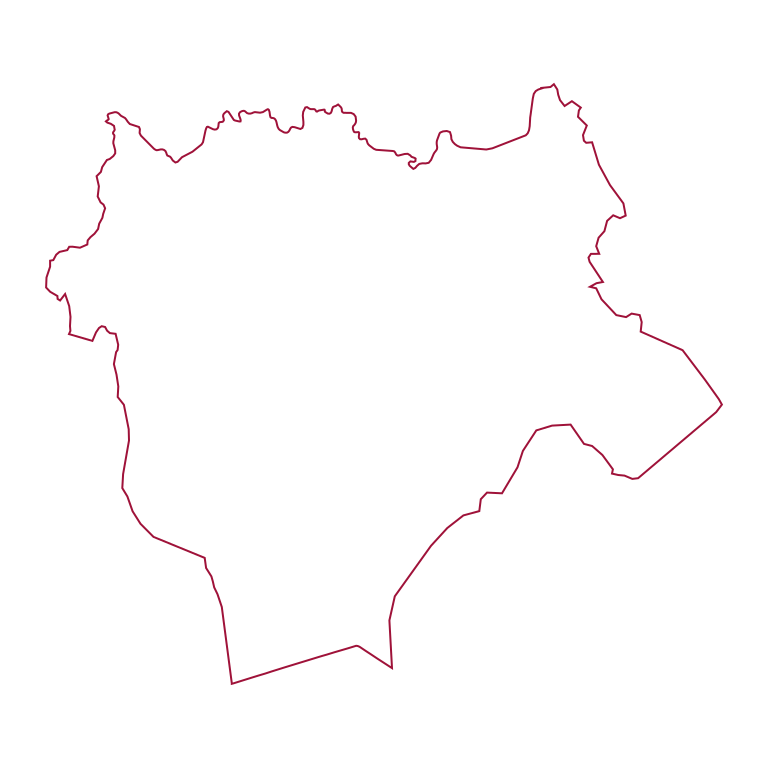 map outline of Aqtöbe (Albers equal-area conic projection)
{"feature_id": "KAZ-3195", "entity_name": "Aqtöbe", "entity_type": "Region", "adm_level": 1, "iso_a3": "KAZ", "parent_name": "Kazakhstan", "parent_adm1": "", "projection": "albers", "projection_center": [57.897, 48.229], "detail": "fine", "context": "isolated", "style": "outline", "palette": "rose", "viewbox_px": 768, "rotation_deg": 0, "n_neighbors": 0, "source": "natural_earth", "source_scale": "10m", "svg_char_len": 5183}
<svg xmlns="http://www.w3.org/2000/svg" viewBox="0 0 768 768"><path d="M392.0,668.1L386.0,664.2L377.2,658.5L370.6,654.1L366.3,651.3L364.8,650.3L359.6,646.8L357.7,646.0L356.1,645.8L350.6,647.5L346.6,648.7L342.5,649.9L338.4,651.1L334.3,652.3L330.4,653.5L326.5,654.7L322.6,655.8L318.6,657.0L310.1,659.6L301.6,662.2L293.1,664.8L284.6,667.4L278.2,669.4L271.8,671.4L265.4,673.5L259.0,675.4L252.5,677.4L246.1,679.4L239.7,681.4L233.3,683.4L231.8,683.8L231.8,683.3L221.8,607.0L217.5,594.2L214.2,587.4L212.8,581.3L211.4,576.4L206.1,568.0L204.7,557.9L153.5,536.9L140.5,523.8L132.6,511.3L127.4,496.5L122.3,488.1L123.1,474.1L129.0,440.5L128.7,429.2L123.9,404.8L117.7,397.0L118.3,386.4L116.5,374.6L113.9,364.1L116.1,352.1L117.6,350.0L118.2,344.8L115.6,333.8L109.9,333.1L107.1,330.7L105.1,327.0L101.7,326.2L99.0,328.0L96.0,332.4L92.4,340.9L69.0,334.1L70.4,330.9L70.0,326.1L70.5,316.9L69.2,306.1L65.1,294.0L60.1,300.5L57.6,298.9L57.4,296.0L50.2,291.8L46.1,287.5L46.5,277.5L50.1,266.7L50.1,260.7L53.3,260.1L56.2,254.7L59.5,251.9L67.3,250.1L69.2,246.8L72.4,246.7L80.0,247.7L87.3,244.5L87.7,240.4L90.5,237.1L94.5,233.7L98.1,229.0L99.2,223.7L102.4,217.8L103.2,213.9L105.1,208.3L103.5,204.6L100.6,202.4L97.7,196.5L98.9,186.3L96.6,176.2L100.9,171.9L102.2,167.1L106.9,160.0L107.2,159.9L109.7,159.0L113.3,156.1L115.2,153.4L115.2,150.3L113.3,143.2L113.4,141.2L114.3,137.5L114.4,135.5L114.1,134.9L113.2,133.8L113.0,133.0L113.2,132.2L114.3,130.6L114.7,129.8L114.0,125.9L110.8,123.8L107.3,122.6L105.9,121.4L106.8,120.6L107.9,120.0L108.7,119.1L107.6,115.4L108.1,114.3L109.3,113.6L114.6,112.2L116.1,112.2L117.5,112.7L118.7,113.5L121.0,115.8L125.0,118.0L126.1,119.3L127.8,121.8L129.8,124.0L139.0,127.0L139.9,129.2L139.6,133.0L140.9,135.6L154.0,148.8L155.5,149.8L156.6,150.2L157.7,150.1L160.8,149.4L162.4,149.4L164.0,149.9L165.4,151.0L166.2,152.6L166.7,154.2L167.3,155.5L170.1,156.7L171.0,157.7L172.8,160.5L175.4,162.5L177.6,161.8L182.0,157.2L192.5,151.7L201.6,144.4L203.0,142.2L205.5,130.5L206.2,128.3L206.9,127.0L207.9,126.7L213.0,129.2L214.8,129.6L216.5,129.3L217.7,128.2L218.3,126.7L218.7,123.1L219.6,122.2L222.7,121.8L223.8,120.5L223.8,119.2L223.1,116.4L223.2,115.0L223.8,113.8L224.8,112.8L226.8,111.2L228.5,111.9L233.8,119.9L235.0,120.5L239.4,121.5L240.5,121.4L240.7,120.3L240.3,118.7L239.1,115.5L239.0,113.7L239.9,112.3L241.2,111.5L242.4,111.0L243.9,110.8L244.9,111.2L247.1,113.1L248.7,113.6L250.3,113.6L251.9,113.2L253.4,112.5L254.9,112.1L260.0,112.7L262.9,112.1L266.9,109.6L267.9,109.2L268.8,109.8L269.5,111.8L270.0,115.5L270.5,117.2L271.4,117.9L272.9,118.0L274.0,118.3L275.1,119.2L276.0,120.7L276.5,122.3L277.3,125.8L277.8,127.3L278.7,128.9L279.8,130.0L283.8,132.3L285.3,132.7L286.9,132.7L288.3,131.9L289.4,130.5L290.1,129.0L290.9,127.7L292.3,126.9L294.7,127.2L300.4,129.0L302.4,127.9L303.4,125.0L303.4,121.9L302.8,115.5L303.2,111.9L304.3,109.6L305.3,107.5L307.0,107.1L309.7,108.8L310.7,109.1L314.0,109.1L314.8,109.4L315.4,110.0L316.3,111.4L317.0,111.6L318.7,110.6L319.5,110.4L324.1,109.6L324.5,109.7L324.8,110.2L324.8,110.8L324.8,111.3L324.9,111.7L326.3,112.7L327.9,113.6L329.6,113.7L331.0,112.7L331.7,111.0L332.2,108.9L333.0,107.1L334.3,106.4L335.7,106.0L338.1,104.5L339.0,105.3L340.9,107.2L341.6,108.4L341.8,109.8L341.9,111.1L342.4,112.1L343.6,112.8L351.1,112.9L353.7,114.1L355.6,116.6L356.1,120.7L355.8,122.5L355.1,123.9L354.2,125.1L353.2,126.1L352.8,127.4L353.0,129.2L353.6,131.0L354.3,132.1L355.5,132.3L358.6,132.1L359.2,133.0L358.8,136.8L359.0,138.1L360.1,139.2L361.6,139.3L363.5,138.8L365.2,138.6L366.5,139.8L367.5,143.0L368.1,144.1L369.2,145.3L373.8,148.8L376.2,149.8L392.9,151.0L394.3,151.4L395.3,152.7L396.0,154.2L396.8,155.1L397.7,155.5L398.7,155.5L404.6,154.0L407.7,153.8L410.3,155.4L411.5,156.8L414.8,158.0L415.6,158.6L415.4,161.1L413.9,161.9L410.4,161.4L408.8,162.9L408.8,164.3L409.7,165.8L413.3,168.9L415.3,167.9L417.2,165.7L419.3,163.9L422.4,163.3L425.7,163.4L428.7,162.8L431.1,159.9L433.6,154.1L434.4,152.7L436.3,150.3L437.0,149.0L437.2,147.3L436.7,144.0L436.7,142.0L437.0,140.4L439.4,133.9L439.8,133.1L440.4,132.5L443.0,131.4L446.8,131.0L450.0,132.1L451.1,135.7L451.4,139.2L452.8,141.9L454.9,144.1L457.1,145.7L460.6,147.3L486.3,149.5L492.4,148.3L509.1,141.8L525.8,135.3L527.7,133.3L529.0,130.3L529.7,126.2L530.2,117.4L530.6,114.7L532.8,98.5L533.8,93.9L535.7,91.1L538.3,89.5L541.4,88.5L540.3,88.1L541.8,87.9L550.5,87.0L553.9,84.2L557.3,89.5L558.2,94.7L560.0,100.1L564.6,106.0L571.9,101.2L580.8,107.6L578.9,110.4L578.0,116.8L586.8,125.5L583.0,135.1L583.9,140.7L586.2,142.8L592.1,142.3L598.9,164.7L610.0,185.1L623.4,203.4L625.7,215.6L620.0,218.2L613.2,215.3L607.1,220.9L604.4,231.2L598.6,237.7L596.2,246.2L599.2,253.8L590.9,253.9L588.5,257.6L589.6,261.8L602.9,282.0L596.5,283.2L590.0,286.8L596.2,288.3L601.5,299.3L616.3,315.1L626.1,317.1L631.6,313.6L639.7,315.1L641.7,322.1L640.7,331.6L682.6,350.2L704.8,379.5L718.8,399.1L721.9,404.6L716.2,412.1L638.1,478.2L632.3,478.9L624.5,475.6L618.2,475.0L612.0,473.6L612.9,469.3L602.4,455.0L592.1,446.0L584.0,443.9L570.6,424.6L552.1,425.6L536.3,430.4L522.9,450.9L517.5,467.3L502.0,493.3L487.0,492.6L480.8,499.2L479.3,511.1L463.4,515.4L447.3,528.0L431.0,545.8L394.8,596.3L389.4,620.4L392.0,668.1Z" fill="none" stroke="#9f1239" stroke-width="2"/></svg>